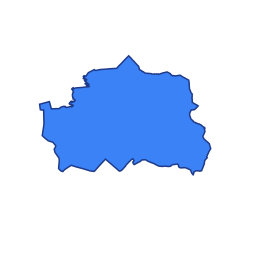 Vermes, Caras-Severin, Romania, rotated 38°
{"feature_id": "2599482B13425405554556", "entity_name": "Vermes", "entity_type": "district", "adm_level": 2, "iso_a3": "ROU", "parent_name": "Romania", "parent_adm1": "Caras-Severin", "projection": "albers", "projection_center": [21.625, 45.523], "detail": "fine", "context": "isolated", "style": "filled", "palette": "blue", "viewbox_px": 256, "rotation_deg": 38, "n_neighbors": 0, "source": "geoboundaries", "source_scale": "gbopen_adm2", "svg_char_len": 5466}
<svg xmlns="http://www.w3.org/2000/svg" viewBox="0 0 256 256"><g transform="rotate(38 128 128)"><path d="M94.2,196.4L98.1,202.5L99.4,203.0L102.0,203.1L103.5,202.4L103.6,200.4L104.2,198.1L106.2,192.4L111.0,190.6L117.8,187.7L124.6,185.1L127.9,183.2L128.2,182.4L128.7,174.4L129.4,166.4L147.7,167.3L148.8,166.0L149.2,163.8L149.5,159.4L149.3,158.2L149.6,155.1L150.1,150.9L150.7,149.3L151.3,149.4L152.9,150.1L152.8,151.9L154.1,152.8L155.4,153.0L157.6,148.1L158.2,146.9L158.8,144.2L159.9,143.6L160.1,143.4L160.8,142.7L161.5,142.2L164.3,141.9L165.4,141.6L167.6,141.0L169.7,140.2L172.8,139.7L175.8,139.0L177.3,138.1L179.1,136.9L180.1,135.6L183.5,133.5L184.8,132.3L185.1,131.8L185.2,131.4L185.2,130.9L185.2,130.5L186.0,129.2L187.3,127.9L188.5,126.6L189.3,125.9L190.1,126.0L191.9,127.4L192.9,127.4L194.1,127.0L197.4,124.1L199.1,123.5L201.8,122.9L202.5,122.7L203.1,122.7L203.6,122.9L204.9,123.7L206.1,124.3L207.1,124.6L208.1,124.8L208.0,124.0L207.1,122.0L207.5,120.7L208.7,119.1L211.3,117.7L212.3,116.3L210.2,109.3L208.5,106.5L208.7,102.6L207.7,102.2L207.5,101.8L207.4,100.9L207.3,100.6L207.2,100.3L207.1,99.8L206.3,96.7L205.9,93.4L205.7,93.2L203.4,91.6L201.9,90.4L200.6,90.2L194.8,89.9L192.3,88.7L192.2,88.6L191.5,85.9L190.9,83.7L190.7,83.2L189.8,82.5L189.0,82.0L188.8,81.7L188.7,81.6L188.9,81.4L188.9,81.2L188.6,81.0L188.7,80.9L188.2,80.5L188.0,80.8L187.9,80.7L187.6,81.0L187.3,80.7L187.0,80.8L184.1,80.6L183.6,80.7L183.0,80.8L181.6,81.0L181.2,81.2L180.9,81.5L179.2,81.9L179.2,82.0L178.8,82.2L178.2,82.1L175.8,82.8L175.6,82.7L175.4,82.5L175.2,82.4L173.6,82.3L172.7,82.2L172.1,82.2L169.1,80.2L168.5,79.8L168.0,79.3L167.7,78.5L167.5,78.2L166.9,75.6L166.8,74.9L166.9,74.7L167.7,74.1L168.8,72.9L168.9,72.7L169.0,72.6L169.1,72.3L169.2,71.9L169.4,70.7L169.6,68.7L169.7,67.4L169.3,67.4L167.9,67.5L167.6,67.6L167.3,67.6L164.8,68.1L163.4,68.1L163.0,68.2L162.8,68.2L162.7,68.1L162.5,67.7L162.4,67.7L162.2,67.3L161.6,66.7L161.5,66.4L161.2,66.3L160.9,65.8L160.6,65.5L160.0,65.2L159.7,64.5L159.5,64.4L159.4,63.9L158.2,62.5L157.6,61.6L156.3,61.6L155.2,60.9L154.6,60.5L153.9,60.1L153.0,59.7L152.4,59.3L150.1,56.8L149.7,56.3L148.3,54.7L146.9,53.4L146.5,53.0L146.3,52.9L145.0,53.1L143.2,53.5L142.5,53.5L140.5,53.9L139.1,54.2L138.3,54.1L136.6,54.3L136.5,54.5L135.0,55.8L134.9,56.1L134.7,56.4L133.5,57.6L130.9,59.2L130.7,59.6L129.9,59.4L128.8,59.5L128.2,59.3L127.9,59.1L124.3,59.8L123.1,61.2L122.7,61.8L121.8,62.8L121.6,63.2L121.5,63.3L121.2,63.6L120.4,64.9L119.8,66.0L119.5,66.5L119.4,66.4L119.0,66.5L118.4,66.8L117.8,67.5L117.3,67.7L117.1,68.1L116.9,68.3L116.2,68.9L115.9,69.0L115.7,68.9L115.5,69.2L115.5,69.3L114.8,70.0L114.5,70.1L113.9,70.6L112.8,70.9L112.1,71.3L110.7,72.3L110.3,72.5L109.9,72.8L109.4,73.0L108.9,73.5L108.3,73.9L107.9,74.1L107.2,74.2L106.4,74.2L106.1,74.3L105.5,74.3L105.0,74.4L104.6,74.7L103.7,74.5L101.6,74.8L100.8,74.8L100.8,74.7L98.6,73.0L98.1,72.8L97.3,72.7L96.1,72.6L95.2,72.4L93.7,72.2L91.9,71.8L89.7,71.6L86.9,71.0L84.1,70.7L83.5,75.6L83.0,81.3L82.4,85.7L82.4,87.0L82.4,87.3L82.3,88.0L78.3,91.5L75.1,94.5L69.7,99.4L68.4,101.1L67.0,102.6L66.9,102.7L65.5,102.7L64.3,105.3L63.9,106.3L63.7,106.5L62.7,108.8L62.9,113.1L62.5,113.4L62.1,113.3L61.8,113.4L61.8,113.6L61.6,114.0L61.1,114.2L61.0,114.8L61.1,115.0L61.3,115.0L61.7,114.7L61.9,114.6L62.2,114.7L62.5,115.1L62.2,115.8L62.2,116.1L62.2,116.3L62.3,116.6L62.5,116.6L63.1,116.3L63.3,115.6L63.5,115.4L63.7,115.5L63.7,116.1L63.8,116.3L64.1,116.3L64.7,115.6L65.2,115.4L65.5,115.3L65.7,115.5L65.8,115.6L65.8,116.0L65.0,116.7L64.8,117.1L64.7,117.4L64.8,117.4L65.0,117.1L65.3,117.3L65.5,117.7L65.8,117.7L66.1,117.2L66.6,117.3L67.6,117.6L67.6,117.9L67.2,118.6L66.9,119.4L66.9,119.5L67.1,119.6L67.4,119.6L67.8,119.3L68.0,119.1L67.9,118.4L67.9,118.0L68.1,117.8L68.3,117.7L68.6,117.7L68.8,117.8L68.9,118.0L68.4,118.6L68.3,118.9L68.9,119.4L69.1,120.0L69.3,120.3L69.5,120.4L69.5,119.7L69.5,119.0L69.4,118.2L69.5,117.9L69.7,117.7L70.1,117.6L70.3,117.8L70.3,118.3L70.0,119.4L70.0,119.5L70.3,119.6L70.7,118.9L70.8,118.7L71.0,118.7L71.3,118.8L71.4,119.2L71.4,119.3L71.8,119.4L65.7,125.4L63.4,127.4L61.9,128.9L61.7,129.1L61.5,129.5L61.4,129.8L61.3,130.5L61.1,130.7L60.1,130.0L59.9,130.1L59.9,130.8L59.6,131.4L59.8,131.7L59.8,132.0L60.1,132.1L60.7,132.0L61.4,132.6L61.8,132.7L62.3,132.7L62.8,133.2L62.9,133.3L62.9,133.6L62.8,133.9L63.0,134.5L63.3,135.3L63.3,135.5L63.7,135.8L64.0,136.3L64.5,137.0L65.1,137.4L65.4,137.5L65.5,137.8L65.7,138.1L65.9,138.2L66.3,138.2L66.5,138.4L66.9,138.9L67.2,138.6L67.6,138.5L67.9,138.5L68.6,138.7L69.2,138.6L69.4,138.8L69.5,139.0L69.3,139.3L69.1,139.3L69.0,139.5L69.3,140.2L69.0,140.4L68.8,140.4L68.8,140.7L68.6,140.8L68.5,141.0L68.7,141.6L68.6,141.8L68.3,141.9L68.1,141.8L68.0,141.6L67.8,141.5L67.4,141.4L67.3,141.7L67.5,142.2L67.3,142.1L66.7,142.0L66.6,142.3L66.8,142.6L66.6,142.8L66.7,143.6L66.5,144.0L66.6,144.5L66.8,145.1L67.2,145.1L67.6,145.1L68.1,144.9L68.7,144.5L69.1,144.4L69.3,144.5L69.6,144.5L69.5,144.3L69.7,144.1L70.6,143.8L70.8,144.0L71.0,144.3L71.1,144.6L71.1,145.1L70.6,145.7L70.6,146.0L69.9,145.9L69.4,146.3L69.0,146.8L68.7,147.5L68.3,148.1L68.0,148.6L67.4,149.1L66.6,149.7L66.0,149.9L65.6,149.7L65.5,150.1L65.1,150.0L64.7,150.0L63.8,150.7L62.2,153.1L62.2,153.5L61.9,154.1L62.0,154.6L61.8,155.1L61.2,155.7L59.5,156.9L57.8,158.5L55.7,160.0L49.8,155.6L43.7,163.7L47.7,167.6L49.7,166.5L50.5,165.8L59.5,176.8L65.1,186.8L68.4,187.1L73.0,187.2L77.6,185.5L82.0,186.4L82.5,187.6L82.8,189.2L82.9,190.2L85.6,192.2L92.2,194.2L94.2,196.4Z" fill="#3b82f6" stroke="#1e3a8a" stroke-width="1.5"/></g></svg>